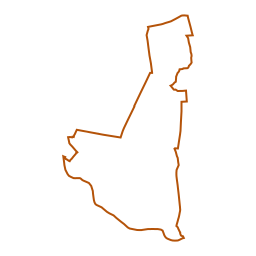 Seitin, Arad, Romania
{"feature_id": "2599482B44381411397281", "entity_name": "Seitin", "entity_type": "district", "adm_level": 2, "iso_a3": "ROU", "parent_name": "Romania", "parent_adm1": "Arad", "projection": "natural_earth1", "projection_center": [20.85, 46.157], "detail": "fine", "context": "isolated", "style": "outline", "palette": "amber", "viewbox_px": 256, "rotation_deg": 0, "n_neighbors": 0, "source": "geoboundaries", "source_scale": "gbopen_adm2", "svg_char_len": 3149}
<svg xmlns="http://www.w3.org/2000/svg" viewBox="0 0 256 256"><path d="M183.8,238.0L183.0,236.3L182.1,236.1L181.8,235.9L181.0,235.5L180.5,234.4L180.2,233.5L180.2,232.5L180.0,232.4L179.9,232.0L179.3,230.9L179.0,230.2L178.4,229.0L178.0,227.9L177.8,227.5L177.5,227.0L177.2,226.7L176.8,226.4L176.5,226.1L176.4,226.0L176.5,225.6L176.6,225.0L176.8,224.2L177.2,222.9L177.7,221.1L178.3,218.8L178.7,217.6L179.2,215.4L179.7,212.7L180.0,211.3L180.2,209.8L180.1,208.7L180.0,207.4L180.0,207.0L179.8,205.3L179.6,203.4L179.2,199.5L178.8,195.5L178.4,192.0L178.1,189.5L177.6,185.0L176.9,179.8L176.5,176.5L176.4,174.9L176.4,172.5L176.6,169.9L178.7,165.1L178.2,162.2L177.7,157.9L176.9,156.1L175.8,151.9L174.5,148.7L175.0,148.3L177.9,148.5L179.4,138.6L180.0,134.8L180.5,130.9L180.9,122.4L181.5,111.4L181.5,101.8L186.8,101.5L186.0,90.6L184.8,90.7L182.7,90.9L177.7,91.0L175.6,89.6L174.2,89.7L173.8,89.6L170.6,85.7L171.2,85.5L172.0,85.0L172.8,84.5L173.2,84.1L173.9,83.3L174.3,82.8L174.7,82.4L175.1,82.2L175.5,82.0L175.8,81.7L175.8,81.4L175.9,80.4L176.1,78.0L176.1,76.8L176.6,75.5L177.4,73.4L177.5,73.1L177.9,72.7L178.4,72.1L178.8,71.6L179.0,71.2L179.3,70.6L179.4,70.2L179.5,69.7L179.6,69.3L181.8,69.1L182.4,69.0L182.8,68.9L183.0,68.7L183.3,68.4L187.2,68.2L187.6,68.1L188.0,67.8L188.4,67.3L188.6,66.8L188.8,66.3L189.0,65.7L189.4,65.4L190.6,64.1L191.6,62.6L191.4,60.7L191.2,58.0L191.2,57.7L191.6,55.9L191.5,55.2L191.4,54.1L190.7,52.1L190.2,47.1L188.9,42.7L188.1,38.1L186.5,35.7L192.7,35.3L192.5,34.8L192.4,34.3L192.3,33.9L191.9,32.5L190.5,26.8L188.1,17.9L187.8,16.4L187.7,16.3L187.7,16.2L187.6,15.8L187.6,15.7L184.3,15.4L182.3,15.5L181.3,15.7L178.5,17.3L175.0,19.2L172.3,20.6L171.2,21.2L169.8,21.7L166.4,22.7L165.1,23.1L162.9,23.9L161.0,24.4L159.4,24.7L148.0,26.9L148.5,28.9L147.8,30.7L146.6,35.1L147.6,40.8L148.4,47.2L149.5,55.6L150.9,63.3L152.1,72.7L152.1,72.9L150.1,72.9L145.6,82.4L143.7,86.3L140.5,92.9L134.2,106.1L134.4,106.5L127.9,119.8L123.9,128.2L122.7,131.1L120.6,137.5L103.1,134.7L76.8,129.8L75.1,133.5L74.9,134.0L74.2,135.1L73.7,137.0L72.5,136.7L72.3,137.3L71.7,137.3L69.9,137.0L68.1,137.2L69.1,141.8L69.3,143.1L70.1,144.3L72.3,146.6L74.1,148.7L75.9,150.8L77.4,152.3L77.0,152.7L76.2,152.8L75.9,153.7L73.4,156.6L71.6,158.9L71.1,159.3L70.2,160.2L70.0,160.7L69.7,161.2L68.8,160.8L67.5,159.9L66.6,159.3L65.9,159.1L65.5,158.4L65.4,158.2L65.1,157.5L64.7,157.0L64.8,156.9L64.2,156.7L63.3,156.3L64.2,163.1L64.4,165.1L65.4,169.8L67.6,174.1L68.9,175.8L70.9,176.9L73.5,178.1L75.1,178.2L77.5,178.1L79.8,178.1L80.9,178.7L82.3,180.0L83.4,180.6L86.9,182.1L88.9,183.0L91.2,185.9L92.8,191.0L93.0,193.5L93.5,197.3L93.9,200.1L94.5,202.3L95.3,203.9L96.4,204.9L101.6,207.3L102.4,208.0L106.9,211.8L109.5,213.4L113.6,215.4L116.3,217.9L121.1,221.8L124.0,224.0L127.7,227.4L129.6,228.5L132.1,229.0L137.1,230.0L141.1,230.1L147.7,229.1L152.5,229.0L158.0,229.1L160.9,229.6L162.6,230.6L163.7,233.5L164.3,235.2L165.1,236.6L166.0,237.7L167.3,238.6L170.7,240.0L171.4,240.2L171.9,240.3L172.7,240.5L174.6,240.6L175.2,240.6L176.2,240.6L176.6,240.5L176.9,240.5L177.5,240.5L178.1,240.4L178.8,240.1L179.9,239.6L181.1,239.0L182.6,238.3L183.8,238.0Z" fill="none" stroke="#b45309" stroke-width="2"/></svg>